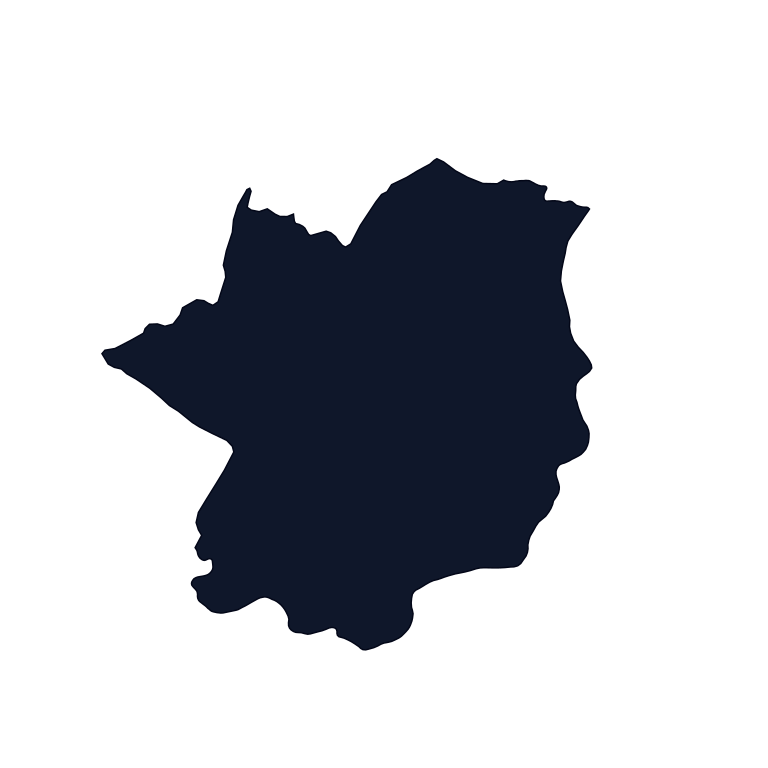 outline of Los Cerrillos, Canelones, Uruguay, rotated 244°
{"feature_id": "84410073B16408849158575", "entity_name": "Los Cerrillos", "entity_type": "district", "adm_level": 2, "iso_a3": "URY", "parent_name": "Uruguay", "parent_adm1": "Canelones", "projection": "natural_earth1", "projection_center": [-56.396, -34.629], "detail": "fine", "context": "isolated", "style": "filled", "palette": "ink", "viewbox_px": 768, "rotation_deg": 244, "n_neighbors": 0, "source": "geoboundaries", "source_scale": "gbopen_adm2", "svg_char_len": 6039}
<svg xmlns="http://www.w3.org/2000/svg" viewBox="0 0 768 768"><g transform="rotate(244 384 384)"><path d="M514.8,581.0L514.3,573.6L520.9,560.7L533.2,549.6L544.4,541.6L557.5,534.9L563.3,530.3L563.0,527.2L561.4,521.6L561.2,515.5L560.8,506.9L559.7,494.9L559.8,478.2L555.4,471.0L555.4,464.9L551.2,456.5L536.9,432.2L527.2,419.2L524.5,415.6L523.9,409.5L526.7,407.3L532.7,405.7L537.8,405.0L543.3,402.4L546.7,399.0L547.9,392.2L549.5,383.2L551.4,381.8L554.5,381.5L558.8,381.2L561.4,380.1L564.5,377.8L567.0,374.9L569.6,374.8L573.3,376.0L576.4,377.1L576.9,370.5L580.2,363.9L584.3,360.6L592.6,355.9L593.6,347.4L598.5,340.9L602.8,338.5L606.4,341.2L611.6,345.5L615.5,349.0L618.8,349.1L618.8,346.0L617.1,343.7L615.0,340.5L608.6,331.1L597.6,320.8L586.8,314.2L572.8,300.7L561.2,291.7L554.8,290.6L549.2,288.5L537.1,277.0L530.6,270.9L529.7,264.7L533.7,261.3L537.8,258.7L541.8,252.6L540.8,236.4L535.4,231.0L530.3,220.8L531.9,212.4L537.3,206.7L540.5,199.4L538.5,193.6L535.1,190.2L534.2,175.2L533.8,157.8L536.7,148.0L534.9,143.8L522.8,144.9L517.2,148.9L512.6,154.6L506.0,157.3L497.4,163.2L482.9,171.6L468.9,177.8L458.7,181.7L449.7,187.3L433.4,194.9L426.2,199.4L414.7,208.1L402.2,218.0L394.5,220.4L388.7,219.2L376.4,202.6L368.1,189.6L358.5,174.3L349.9,160.9L341.8,154.4L334.4,153.3L327.9,153.8L319.7,142.5L318.1,142.7L316.3,142.9L314.3,142.5L313.3,142.2L312.2,142.0L311.1,141.9L309.8,142.0L308.1,142.3L306.9,142.9L305.8,143.5L304.9,144.3L304.2,145.3L303.9,146.6L303.9,148.3L303.8,149.9L303.4,150.9L302.7,151.7L301.5,152.3L300.3,152.2L298.6,151.6L296.9,151.0L295.3,150.4L294.0,149.8L292.5,148.6L291.4,147.1L290.5,145.2L289.9,142.7L290.0,140.5L290.4,138.3L290.9,136.4L291.5,134.4L292.2,131.9L292.4,130.1L292.3,127.9L291.4,126.0L290.2,124.3L288.8,123.4L287.3,123.1L285.9,123.4L284.6,123.7L282.9,124.3L281.3,124.7L280.0,125.0L278.5,124.8L276.6,124.2L275.0,123.3L273.2,122.7L271.8,122.6L270.8,122.6L269.3,123.0L267.3,124.0L265.4,124.9L263.5,125.9L261.7,126.7L259.5,127.4L258.0,128.2L256.6,128.7L255.3,129.5L255.1,129.7L254.1,130.7L253.0,132.1L251.8,133.6L250.8,135.2L249.7,136.9L248.8,139.0L245.6,151.6L245.2,153.8L245.3,156.6L245.4,158.7L245.4,161.8L245.6,165.0L245.9,168.9L246.1,172.6L246.3,176.3L246.2,178.8L245.5,181.7L244.9,183.6L243.7,185.4L242.0,187.1L239.5,189.0L237.6,190.8L235.3,192.4L232.9,193.6L230.6,194.6L227.7,195.4L224.9,195.9L222.2,196.1L219.9,196.1L217.5,196.1L214.2,195.4L211.3,193.5L208.6,192.3L206.0,192.1L203.7,192.7L201.3,194.1L199.5,195.8L198.2,198.0L196.7,200.7L194.5,203.2L192.6,205.7L191.7,208.3L191.0,212.1L190.3,215.8L189.4,220.0L189.0,223.9L188.8,227.8L188.1,230.4L187.0,232.1L185.8,233.2L184.2,233.7L182.2,233.3L180.5,232.4L178.6,232.0L176.6,232.7L174.9,234.7L173.0,236.8L169.6,239.6L166.9,241.6L163.4,243.8L159.0,246.3L156.5,247.2L154.5,248.6L153.1,251.0L152.4,254.3L151.5,259.3L151.3,263.6L151.5,267.2L151.2,270.4L150.5,272.8L149.9,275.1L149.3,278.1L149.2,281.3L149.2,284.0L149.2,285.5L149.3,286.8L149.7,289.1L150.8,292.4L151.7,294.9L153.1,298.2L154.4,300.3L155.9,302.2L158.7,305.1L161.1,307.0L164.8,309.4L168.2,310.3L171.2,310.8L172.9,311.5L175.4,312.5L179.4,314.9L182.6,317.3L184.1,319.8L184.8,322.1L184.9,326.3L185.3,330.7L185.6,333.3L185.9,338.3L185.7,342.3L184.8,346.5L184.3,350.3L184.0,353.6L183.3,358.4L182.1,364.9L180.8,369.7L179.6,374.4L178.5,379.7L177.6,385.8L176.6,389.7L174.9,393.7L172.8,397.8L170.0,403.3L167.9,407.8L166.0,412.3L164.2,417.2L162.7,420.7L162.3,422.7L162.0,424.5L162.7,428.2L164.9,432.1L167.2,436.3L169.8,439.1L172.8,441.2L176.4,442.8L179.3,445.0L179.9,445.4L183.2,448.6L186.9,454.2L189.8,458.3L192.1,462.4L193.1,466.4L194.3,471.3L196.6,475.8L199.0,479.5L201.8,482.7L204.7,485.1L206.1,487.7L208.0,490.9L209.9,493.3L212.4,495.2L214.6,496.4L217.1,497.1L220.9,497.7L224.5,498.2L227.2,498.9L230.1,500.3L232.1,502.2L233.9,504.9L234.4,506.5L234.4,508.9L233.9,511.6L233.8,513.7L233.7,516.6L234.0,520.0L234.0,523.5L234.1,527.1L234.4,530.2L235.4,533.2L236.9,536.6L239.6,539.9L242.1,542.2L246.0,544.7L249.6,546.6L252.8,547.5L257.2,547.9L261.1,547.4L264.6,547.0L268.6,547.4L272.3,547.7L276.2,548.1L279.4,548.6L283.0,549.4L286.9,549.8L290.2,551.1L294.0,553.4L297.7,555.3L299.9,557.1L302.5,561.8L303.7,566.4L304.4,570.6L305.3,574.3L307.3,577.7L310.4,578.7L314.6,578.7L318.9,578.2L325.1,576.9L332.1,574.7L339.4,573.3L347.8,574.0L354.2,575.8L359.9,579.0L370.5,581.7L379.7,583.5L388.6,585.1L399.2,587.8L407.7,592.9L413.8,597.5L416.5,599.6L421.9,604.0L425.0,606.2L426.6,607.3L427.1,607.7L431.2,611.3L432.0,612.1L435.9,618.2L437.2,620.5L439.8,625.3L440.7,627.0L443.5,631.9L446.9,637.7L450.1,643.6L451.2,645.4L453.2,644.6L454.2,643.4L454.5,642.8L454.8,642.1L455.3,641.2L455.8,640.3L456.3,639.6L456.9,638.8L457.4,638.2L458.0,637.5L458.6,636.9L459.1,636.3L459.6,635.8L460.1,635.4L460.6,635.0L461.3,634.7L462.1,634.4L462.6,634.1L463.2,633.9L463.8,633.6L464.5,633.3L465.1,633.0L465.6,632.6L466.1,632.1L466.6,631.5L466.9,631.0L467.1,630.4L467.3,629.6L467.3,629.1L467.4,628.5L467.6,627.7L467.8,626.8L468.0,626.0L468.4,625.1L468.8,624.4L469.3,623.9L469.8,623.3L470.4,622.7L470.9,622.2L471.5,621.5L472.0,620.8L472.4,620.2L472.8,619.4L473.4,618.5L473.8,617.9L474.0,617.3L474.5,616.3L474.9,615.5L475.3,614.5L475.6,613.8L475.9,613.0L476.3,612.2L476.5,611.4L476.9,610.6L477.3,610.0L477.5,609.8L477.9,609.5L478.6,609.1L479.4,609.0L480.3,609.1L481.0,609.3L481.8,609.6L482.7,610.0L483.4,610.5L483.9,610.8L484.1,610.9L484.7,611.4L485.2,612.1L485.8,612.8L486.4,613.4L486.7,613.9L487.2,614.6L487.8,615.4L488.3,615.9L489.0,616.2L489.7,616.3L490.4,616.1L490.9,615.8L491.6,614.9L492.1,614.0L492.6,612.9L493.2,611.8L494.2,610.7L495.0,609.7L496.1,608.9L497.2,607.9L498.1,607.3L499.3,606.5L500.2,605.8L501.3,605.0L502.0,604.5L502.7,604.0L502.8,603.9L503.2,603.4L503.7,602.7L504.2,601.7L504.7,600.9L505.1,599.9L505.4,599.0L505.7,598.3L506.0,597.6L506.3,597.1L506.4,596.9L506.7,596.2L507.0,595.4L507.4,594.6L507.7,593.5L508.1,592.4L508.5,591.4L508.7,590.5L508.9,589.6L509.2,588.8L509.5,588.0L509.8,587.2L510.4,586.2L510.9,585.3L511.5,584.4L512.1,583.7L512.9,582.8L513.7,581.9L514.8,581.0Z" fill="#0f172a" stroke="#020617" stroke-width="1.5"/></g></svg>